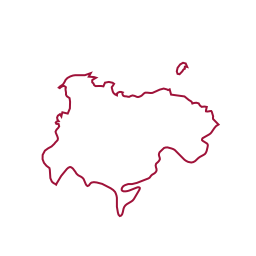 map outline of Central (Robinson projection), rotated 209°
{"feature_id": "FJI-2617", "entity_name": "Central", "entity_type": "Division", "adm_level": 1, "iso_a3": "FJI", "parent_name": "Fiji", "parent_adm1": "", "projection": "robinson", "projection_center": [178.241, -17.983], "detail": "fine", "context": "isolated", "style": "outline", "palette": "rose", "viewbox_px": 256, "rotation_deg": 209, "n_neighbors": 0, "source": "natural_earth", "source_scale": "10m", "svg_char_len": 3350}
<svg xmlns="http://www.w3.org/2000/svg" viewBox="0 0 256 256"><g transform="rotate(209 128 128)"><path d="M163.4,43.6L164.7,43.8L166.4,43.7L168.6,44.2L171.6,46.5L176.1,53.5L177.3,54.9L181.0,55.4L184.6,56.8L187.6,59.3L189.6,63.1L189.7,67.9L188.0,71.5L185.9,74.8L184.8,78.3L184.5,80.2L184.0,81.9L183.7,83.5L184.3,85.0L185.6,86.3L188.8,88.8L189.6,89.7L189.7,92.0L189.1,94.1L189.0,96.1L190.6,97.8L192.7,96.9L193.8,97.6L193.6,99.0L191.9,100.3L193.9,101.3L195.1,102.8L195.3,104.8L194.2,107.1L193.6,106.7L191.9,105.8L192.2,106.7L193.0,109.9L187.7,111.4L188.3,116.9L191.4,122.9L193.6,125.8L196.9,126.1L198.4,127.1L199.3,128.8L201.1,131.1L201.8,132.2L201.8,133.0L202.2,133.6L204.0,133.8L205.1,133.3L206.0,132.1L206.7,130.8L207.0,129.8L208.1,129.8L207.7,131.2L206.3,133.9L205.9,135.1L205.8,137.9L205.9,139.8L205.2,142.4L203.5,145.1L201.6,147.2L199.9,148.5L191.3,153.3L187.2,157.9L187.2,153.9L182.3,156.1L180.3,156.5L182.2,153.3L182.5,152.5L181.5,150.7L180.8,150.4L179.9,150.3L178.4,149.1L176.8,148.9L171.9,151.7L169.7,152.5L170.1,156.5L167.1,159.0L163.4,160.1L161.6,159.9L161.8,157.0L162.0,155.9L161.7,155.3L158.9,152.4L157.4,151.5L155.7,151.1L153.5,151.2L153.9,152.1L154.1,152.1L154.5,152.5L153.7,154.4L152.8,155.5L151.5,156.2L149.9,156.5L150.0,156.1L149.4,155.1L148.5,154.3L147.6,153.9L146.4,154.1L144.4,155.0L143.5,155.2L142.1,155.8L141.1,157.3L139.8,158.7L137.7,159.3L135.5,159.5L134.3,159.9L133.4,160.7L132.4,161.9L131.7,163.1L130.8,166.0L130.1,167.2L128.6,168.1L125.1,169.6L123.6,170.6L118.8,177.0L115.9,179.8L112.7,180.6L111.3,180.6L110.3,182.0L106.5,178.1L93.9,183.0L88.4,182.0L85.8,181.9L84.8,181.6L83.6,180.6L82.5,181.8L80.5,183.2L78.1,183.8L76.1,182.6L73.9,182.2L71.4,183.9L69.3,184.6L68.4,181.3L67.9,180.4L66.7,180.8L65.3,181.8L64.4,182.6L63.4,183.2L62.5,182.7L59.2,179.5L58.7,178.2L57.9,177.1L50.5,174.9L51.9,172.4L52.4,169.9L52.9,164.6L53.2,163.2L53.9,161.7L57.8,155.3L57.8,154.1L57.4,153.3L56.5,153.0L52.5,152.8L51.2,152.7L50.3,152.2L49.7,151.4L49.2,150.0L48.1,146.1L47.9,144.2L48.1,142.6L48.8,141.2L51.2,137.4L52.0,135.6L53.2,131.7L54.3,129.9L55.9,128.5L59.0,127.5L61.1,127.4L63.2,127.6L76.3,131.4L77.9,131.5L80.0,131.2L84.0,130.2L85.5,129.3L86.8,128.0L88.6,122.2L88.5,120.9L88.0,119.5L87.0,118.4L85.9,117.4L85.0,116.2L84.9,114.6L85.2,113.0L86.1,110.4L85.7,108.7L84.5,107.2L83.2,106.0L82.4,104.6L82.3,103.3L82.6,101.9L83.3,100.4L84.2,99.0L84.7,97.5L85.0,95.1L85.7,93.8L93.6,84.3L97.2,81.0L100.6,79.1L102.8,76.7L103.9,74.9L104.2,73.1L104.0,71.6L103.4,70.7L102.4,70.3L101.1,70.5L99.6,71.3L98.0,72.5L96.5,74.0L91.4,80.2L90.6,81.0L89.8,81.4L89.2,81.5L88.6,81.3L88.3,80.7L88.1,79.6L88.4,68.7L88.8,66.7L89.7,64.9L92.1,60.8L92.8,59.0L93.0,57.2L92.8,55.4L91.7,51.7L91.3,49.6L91.6,48.0L92.5,47.0L94.3,47.6L95.8,49.1L99.5,53.7L103.9,61.6L105.2,63.2L106.7,64.6L108.3,65.8L110.9,66.6L114.0,66.9L123.5,66.6L128.9,65.2L131.6,64.1L133.4,62.6L133.9,61.6L134.1,60.7L134.2,60.1L134.3,59.0L134.7,58.3L135.3,57.6L136.6,57.8L137.8,58.5L142.0,61.8L143.6,62.4L145.3,62.6L148.5,62.5L149.9,62.8L151.2,63.2L152.7,64.1L156.5,65.8L158.4,66.1L159.8,65.8L160.9,64.4L161.6,62.5L163.2,53.7L163.5,45.1L163.4,43.6ZM108.1,203.4L109.0,200.0L110.9,199.4L112.8,201.2L113.8,204.7L113.2,208.9L111.5,211.7L108.8,212.4L105.8,210.1L107.4,209.7L108.0,209.2L107.8,208.5L107.0,207.4L107.7,206.4L107.9,205.6L107.9,204.6L108.1,203.4Z" fill="none" stroke="#9f1239" stroke-width="2"/></g></svg>